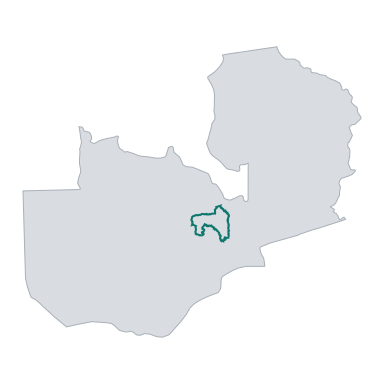 Kapiri Mposhi, Central, Zambia shown in context
{"feature_id": "96606910B40769326482894", "entity_name": "Kapiri Mposhi", "entity_type": "district", "adm_level": 2, "iso_a3": "ZMB", "parent_name": "Zambia", "parent_adm1": "Central", "projection": "albers", "projection_center": [28.625, -14.196], "detail": "fine", "context": "in_parent", "style": "outline", "palette": "teal", "viewbox_px": 384, "rotation_deg": 0, "n_neighbors": 0, "source": "geoboundaries", "source_scale": "gbopen_adm2", "svg_char_len": 8621}
<svg xmlns="http://www.w3.org/2000/svg" viewBox="0 0 384 384"><path d="M264.8,266.4L245.8,266.4L238.9,267.9L233.2,270.2L226.5,273.9L222.6,276.4L221.5,277.9L221.0,281.0L221.0,285.8L220.3,289.3L218.2,292.5L208.0,296.4L201.3,299.5L194.8,303.3L189.8,308.1L186.5,314.1L180.9,321.5L169.2,334.7L162.4,337.2L156.7,336.7L149.8,334.1L144.4,333.6L140.3,335.3L136.6,334.9L133.1,332.1L130.2,331.2L127.9,331.9L125.0,331.9L119.5,330.4L114.7,325.8L112.2,323.9L110.2,323.2L104.5,322.5L91.6,321.7L78.2,324.3L66.5,326.9L54.2,316.7L42.4,305.9L39.8,303.2L35.4,299.6L32.2,297.9L30.9,297.0L27.5,287.2L25.5,278.2L23.0,190.9L76.7,189.6L80.1,189.2L80.3,188.2L77.7,183.6L77.8,182.0L78.4,178.8L80.6,172.4L80.7,170.3L79.5,163.5L79.5,159.6L80.0,151.8L79.6,149.2L80.8,145.7L81.2,143.4L81.6,142.4L81.0,139.7L79.7,130.5L79.0,126.7L82.3,127.2L83.4,129.1L84.0,131.1L85.5,131.2L89.4,132.4L90.7,134.1L91.7,137.8L91.2,139.7L90.0,141.2L91.3,142.5L93.8,143.4L95.3,143.1L99.6,140.5L103.6,139.5L105.7,138.8L114.6,137.0L116.3,136.1L117.6,136.1L118.5,136.8L117.7,139.4L117.5,141.8L118.6,146.1L119.5,148.2L121.4,149.6L122.7,150.4L124.3,152.0L127.4,151.6L134.2,153.8L136.3,154.8L139.2,155.8L141.2,156.2L148.3,156.9L155.7,158.1L159.6,158.1L162.3,157.8L164.2,157.2L165.4,156.4L165.9,155.8L168.6,147.4L170.1,146.8L171.9,146.3L173.0,147.1L174.2,152.4L179.6,157.1L181.5,161.1L182.8,164.5L184.0,165.4L186.1,166.6L189.3,167.0L192.2,167.1L206.7,172.9L208.3,173.9L210.0,177.0L211.1,180.6L212.3,183.3L214.1,183.9L215.8,184.1L217.4,186.0L218.7,187.6L222.9,194.5L223.5,197.2L225.6,199.1L228.4,199.9L231.0,200.0L232.5,199.1L236.1,197.7L239.0,196.1L241.1,195.6L242.3,195.9L243.3,197.0L243.9,200.5L245.9,201.6L247.4,201.2L248.0,199.9L248.1,199.2L248.2,163.3L246.9,163.6L245.2,164.6L241.4,164.7L239.9,165.4L239.4,166.6L239.7,168.1L239.8,170.1L239.2,171.0L237.6,171.4L235.1,170.6L230.7,169.6L227.1,168.9L224.5,166.3L220.9,162.2L218.6,160.1L212.9,155.9L212.0,155.1L210.3,153.1L208.8,149.7L207.4,145.8L206.6,143.4L208.0,139.6L211.3,127.1L212.0,123.3L214.8,119.4L215.0,115.9L213.9,111.3L214.2,108.9L214.5,94.7L213.8,90.2L211.9,85.2L207.8,78.3L207.8,76.8L214.1,72.3L216.0,70.6L219.3,67.0L221.6,63.9L223.0,61.4L223.5,58.1L222.4,55.1L224.6,54.5L276.9,46.8L277.6,48.9L279.2,52.4L281.0,55.0L283.2,57.3L285.1,58.7L286.3,59.1L294.4,59.1L297.3,60.5L299.7,62.3L300.3,65.0L302.0,66.7L303.7,68.1L304.5,68.3L305.8,67.9L308.0,67.9L310.0,68.6L310.9,69.2L311.0,71.4L311.6,72.5L314.3,72.9L317.0,73.1L319.7,74.7L322.6,75.0L325.9,75.7L327.4,77.4L331.0,79.1L335.3,80.7L340.0,83.3L340.1,84.1L340.9,85.6L341.7,86.7L341.7,88.3L342.1,89.7L343.3,90.1L344.3,90.2L345.3,89.2L346.6,89.2L347.9,89.9L348.4,91.6L349.4,93.9L351.2,95.5L352.3,97.0L351.9,99.7L351.1,102.1L353.4,104.6L356.5,107.0L357.3,108.0L357.5,111.5L357.9,112.7L360.0,115.6L361.0,117.5L360.9,118.6L355.1,124.2L351.6,125.0L350.1,126.1L349.1,127.3L351.2,133.0L352.4,135.2L351.3,137.9L349.0,142.4L348.0,142.8L347.7,146.2L348.4,147.5L349.5,148.5L349.9,150.9L349.7,156.7L348.1,163.3L350.6,169.1L351.4,169.8L354.9,169.9L355.5,170.4L354.6,172.0L352.1,174.5L347.6,176.4L341.2,178.4L339.8,180.5L338.9,183.5L339.6,185.3L340.4,186.4L340.1,189.0L339.5,191.8L339.6,194.0L339.3,196.0L338.4,196.9L337.3,199.8L335.8,202.8L334.7,204.1L333.1,205.5L330.6,206.6L330.6,207.2L333.4,208.6L334.2,209.6L334.4,210.2L333.2,211.7L334.5,212.6L336.1,213.4L337.6,215.4L339.3,219.2L339.6,219.5L340.1,219.6L341.0,219.2L342.8,217.7L344.1,217.2L345.6,219.4L318.8,228.1L312.5,229.9L303.2,233.0L300.1,234.1L297.7,235.3L272.9,242.2L269.0,243.5L260.3,247.1L260.0,247.7L260.0,249.4L260.8,252.8L262.3,256.0L263.6,257.8L264.4,262.4L264.8,266.4Z" fill="#d9dde1" stroke="#a8b0b8" stroke-width="1"/><path d="M202.5,235.3L203.7,234.0L203.3,232.9L202.9,232.9L202.1,233.0L201.9,232.3L204.1,230.8L204.3,230.1L203.8,229.2L203.6,229.1L202.4,228.9L202.2,227.8L202.5,227.3L203.5,226.2L203.8,225.9L204.7,224.2L205.7,224.7L206.1,225.2L206.5,225.0L206.8,225.6L206.5,225.8L207.1,226.2L207.5,225.9L207.6,226.0L207.8,225.9L207.9,226.0L208.2,225.8L208.3,225.7L208.7,225.7L208.9,225.6L209.2,225.7L209.2,225.8L209.4,225.7L209.6,225.7L209.8,225.6L210.1,225.8L210.3,225.8L210.6,226.0L210.8,225.9L211.0,225.8L211.0,226.0L211.1,225.8L211.3,225.8L211.3,226.1L211.6,226.1L211.7,226.3L211.9,226.3L212.3,226.5L212.6,226.6L212.6,226.8L212.8,226.8L213.0,227.1L213.5,227.4L213.8,227.5L213.8,228.0L214.0,227.8L214.2,228.1L214.4,228.1L214.5,228.4L214.7,228.6L214.8,229.0L214.9,228.9L215.2,229.0L215.3,229.1L215.5,229.1L215.8,229.1L215.9,229.3L215.7,229.4L215.9,229.4L216.1,229.6L216.1,229.8L216.2,230.1L216.3,230.2L216.5,230.4L216.8,230.3L216.9,230.7L217.1,230.9L217.6,231.1L217.9,231.3L218.1,231.6L218.3,231.8L218.5,232.2L218.6,232.3L218.7,232.7L219.0,232.8L218.9,233.1L219.0,233.2L219.1,233.3L219.3,233.5L219.2,234.0L219.3,234.1L219.4,234.3L219.4,234.7L219.6,234.8L219.7,235.0L219.9,235.0L220.1,235.2L220.3,235.2L220.5,235.5L220.4,235.8L220.7,235.9L220.7,236.1L220.6,236.7L220.2,236.9L220.1,237.3L220.0,238.0L220.1,238.3L220.1,238.6L220.2,238.8L220.4,239.2L220.5,239.2L220.5,239.5L220.6,239.8L220.7,240.2L221.0,240.5L221.2,241.0L221.4,241.2L221.5,241.3L221.9,241.2L222.1,241.0L222.4,240.7L223.1,240.7L223.2,240.8L223.2,240.7L223.4,240.6L223.3,240.4L223.7,240.5L223.9,240.5L224.0,240.4L224.0,240.2L223.9,240.1L224.2,240.0L224.3,239.9L224.3,239.6L224.7,239.9L225.2,239.7L225.3,239.7L225.5,239.2L225.8,238.9L225.8,238.2L225.6,238.1L225.4,238.1L225.3,237.9L224.8,237.6L224.8,237.4L225.0,237.3L225.9,237.8L226.2,237.9L228.3,237.8L228.3,237.2L228.6,236.5L228.7,235.9L228.6,235.6L228.7,235.4L228.6,235.2L228.5,234.5L228.4,234.3L228.6,234.1L228.4,233.8L228.4,233.7L228.5,233.6L228.4,233.5L228.4,233.4L228.6,233.2L228.5,232.7L228.4,232.5L228.4,232.4L228.4,232.2L228.4,231.8L228.3,231.7L228.4,230.8L228.6,230.8L228.9,230.7L228.7,230.3L228.7,229.7L228.3,228.6L228.1,227.9L228.3,227.8L228.4,227.3L228.7,226.9L228.7,226.5L228.7,226.4L228.4,225.6L228.7,225.3L228.5,224.5L228.7,224.3L228.2,223.0L227.8,222.3L227.8,221.8L228.0,221.5L227.8,220.9L227.9,220.7L227.4,220.2L227.5,219.9L227.6,219.7L227.8,219.6L227.8,219.4L228.1,219.1L228.0,218.9L227.9,218.6L228.1,218.2L228.1,217.8L228.2,217.5L228.4,217.4L228.6,217.1L228.6,216.5L229.0,216.0L229.0,215.8L228.8,215.5L228.7,215.0L228.5,214.9L228.5,214.6L228.3,214.5L228.3,214.3L228.0,214.2L227.8,213.8L227.5,213.9L227.4,213.6L227.4,213.4L227.4,213.2L227.2,213.3L227.0,213.1L227.1,212.9L227.0,212.7L226.9,212.7L226.8,212.4L226.7,212.3L226.6,212.5L226.5,212.4L226.4,212.6L226.0,212.3L226.0,212.2L225.8,212.1L225.7,212.0L225.6,211.9L225.7,211.7L225.6,211.4L225.4,211.5L225.5,211.7L225.4,211.8L225.2,211.6L225.1,211.4L225.1,211.2L225.0,211.3L224.8,211.2L224.7,211.2L224.4,211.0L224.0,211.1L223.9,211.0L223.9,210.7L223.8,210.3L223.7,210.2L223.8,210.1L223.7,209.9L223.1,209.3L223.2,209.1L223.0,208.9L222.4,208.8L222.3,208.6L222.2,208.7L222.0,208.4L221.7,208.1L221.2,208.0L221.2,207.9L220.9,207.8L220.8,207.5L220.6,207.4L220.6,207.2L220.4,206.7L220.4,206.3L220.5,206.3L220.4,206.1L220.3,205.9L220.4,205.7L216.6,206.9L216.9,207.2L216.9,207.6L216.5,207.7L216.2,208.1L215.9,208.5L215.8,208.9L215.3,209.3L214.9,209.8L215.0,210.1L214.9,210.4L215.1,212.0L215.1,212.7L215.2,212.9L215.1,213.6L212.3,213.6L212.0,213.8L211.9,213.8L211.5,213.8L210.7,214.2L210.4,214.3L210.1,214.2L210.1,214.3L209.5,214.3L209.3,214.4L208.6,214.3L208.4,214.4L208.3,214.5L208.1,214.5L207.9,214.3L207.7,214.3L207.2,214.2L207.0,214.3L206.9,214.2L206.8,214.3L206.7,214.2L206.6,214.3L206.5,214.2L206.2,214.2L206.0,213.9L205.9,213.9L205.2,214.2L205.1,214.3L204.6,214.4L204.3,214.2L204.1,214.2L203.7,214.1L203.4,214.0L203.1,214.1L202.8,213.9L202.2,214.0L201.5,214.1L201.3,214.3L201.2,214.5L200.6,214.9L200.4,214.9L200.1,214.8L199.7,214.8L199.4,214.9L199.0,215.1L198.3,215.2L198.0,215.0L197.8,215.1L197.7,215.2L197.3,215.3L196.9,215.1L196.4,215.3L196.2,215.2L195.8,215.1L195.7,215.3L195.1,215.5L194.3,215.9L194.0,215.8L193.5,216.1L193.0,216.2L192.9,216.3L192.8,216.5L192.3,216.8L192.3,217.0L192.1,217.2L192.0,217.6L191.9,217.8L191.9,218.0L191.9,218.4L191.7,218.8L191.7,219.0L191.6,219.7L191.4,219.9L191.6,220.1L191.5,220.3L191.6,220.5L191.8,220.8L192.3,221.4L192.4,221.7L192.3,221.9L192.5,222.0L192.4,222.8L192.4,223.0L192.5,223.3L192.4,223.4L192.5,223.6L192.2,224.1L192.2,224.3L192.2,224.6L192.0,225.1L192.7,224.9L193.1,224.9L193.7,224.9L193.9,225.1L194.4,225.4L195.5,225.8L196.0,226.1L195.9,226.3L195.6,227.4L195.7,228.3L195.9,228.9L196.0,229.6L195.9,229.8L195.7,231.1L195.4,231.7L195.4,232.1L195.7,232.6L195.7,233.2L195.6,233.8L196.4,234.4L197.4,234.3L198.1,234.6L198.5,234.7L199.3,235.3L199.6,235.2L199.8,235.3L200.0,235.2L200.2,235.3L200.5,235.2L200.6,235.3L201.2,235.4L202.5,235.3Z" fill="none" stroke="#0f766e" stroke-width="2"/></svg>